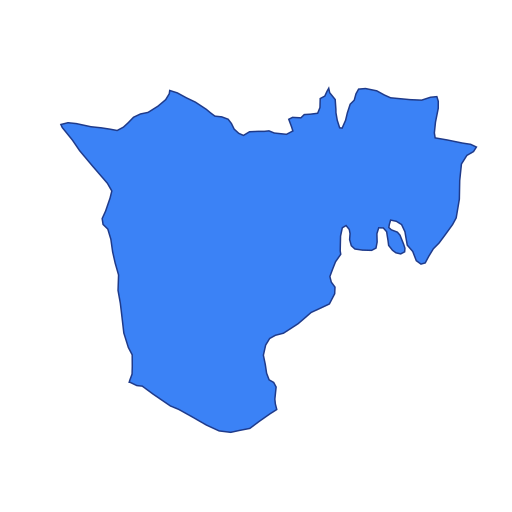 outline of Ljusdal, Gävleborg, Sweden, rotated 186°
{"feature_id": "70781695B40946253487831", "entity_name": "Ljusdal", "entity_type": "district", "adm_level": 2, "iso_a3": "SWE", "parent_name": "Sweden", "parent_adm1": "Gävleborg", "projection": "mercator", "projection_center": [15.393, 61.922], "detail": "fine", "context": "isolated", "style": "filled", "palette": "blue", "viewbox_px": 512, "rotation_deg": 186, "n_neighbors": 0, "source": "geoboundaries", "source_scale": "gbopen_adm2", "svg_char_len": 2476}
<svg xmlns="http://www.w3.org/2000/svg" viewBox="0 0 512 512"><g transform="rotate(186 256 256)"><path d="M48.2,387.4L54.2,389.5L62.7,389.9L78.1,391.4L90.2,392.2L91.5,397.1L91.5,407.9L90.2,421.9L90.9,428.9L92.8,433.4L99.1,432.1L107.6,428.3L119.0,427.6L138.7,427.4L145.1,429.5L153.2,432.9L164.6,434.0L171.4,432.7L173.5,427.8L174.6,421.3L174.6,421.2L178.2,416.8L180.1,407.9L181.1,400.3L183.7,392.2L186.2,392.2L189.4,399.5L191.5,406.9L191.9,410.3L193.6,419.9L199.8,426.1L201.2,430.4L202.6,427.2L204.3,422.2L208.6,419.3L207.9,410.3L209.6,404.4L216.8,402.7L222.8,401.7L225.8,398.1L234.1,397.7L237.7,395.4L234.1,388.1L232.4,384.2L238.4,380.2L250.6,380.2L256.2,381.8L260.9,380.8L266.8,380.2L275.4,378.9L281.1,374.6L286.0,376.2L291.0,379.9L294.3,385.2L298.0,389.1L304.6,390.8L311.5,390.8L316.5,393.8L320.8,396.7L332.4,402.7L341.7,406.0L351.3,410.0L359.1,411.6L359.2,408.3L362.2,402.0L369.1,394.8L378.4,387.5L385.7,385.2L392.3,381.2L397.0,375.2L401.3,370.3L407.2,366.3L414.8,366.9L423.4,367.3L433.7,367.3L448.6,368.9L456.9,368.9L463.8,366.4L462.1,363.5L450.7,352.1L442.4,342.3L427.9,328.3L411.4,312.8L406.2,305.6L407.2,298.3L410.3,284.9L412.9,277.1L411.4,271.4L406.2,267.3L402.1,257.5L399.0,245.1L395.3,234.2L390.7,222.8L389.6,207.3L386.0,194.9L383.4,183.5L379.4,165.6L373.4,151.7L368.8,144.8L367.5,133.2L366.9,125.6L368.6,119.0L368.9,117.2L368.0,117.2L361.0,114.7L355.5,114.7L343.6,107.7L334.5,102.8L325.4,97.9L316.9,95.4L302.8,89.4L287.7,82.7L274.4,78.2L262.7,78.0L254.2,80.8L244.1,83.9L235.6,91.8L225.6,100.5L219.3,105.5L221.3,110.9L222.3,115.6L222.3,121.7L222.3,127.8L225.2,132.1L230.0,134.2L233.2,140.5L235.4,149.0L238.3,158.1L237.1,168.4L233.8,175.4L228.4,179.2L220.6,182.1L206.9,193.2L195.3,205.6L178.0,216.0L173.8,226.7L174.2,233.3L178.4,237.9L180.4,243.3L178.4,251.1L176.3,258.6L171.9,266.6L172.8,269.9L174.0,284.7L173.1,293.1L169.6,295.7L166.0,292.1L164.8,288.1L164.6,282.1L162.3,276.2L158.4,273.3L150.8,273.0L141.6,273.7L137.5,276.4L137.0,282.6L138.1,290.8L136.9,296.9L132.3,297.2L128.6,293.8L127.6,289.9L126.4,285.5L125.2,280.4L120.9,276.0L117.2,273.8L112.3,273.2L108.6,275.7L108.7,279.3L110.6,283.5L115.0,291.8L117.9,294.5L124.2,296.2L126.9,298.2L126.7,301.3L125.9,305.8L120.1,305.2L114.5,302.5L110.4,295.7L108.9,290.3L106.7,282.6L100.6,276.9L96.1,268.1L91.1,265.2L87.0,266.8L84.1,273.9L80.4,281.7L75.4,287.9L70.0,297.0L63.8,307.8L60.9,314.8L59.7,333.8L61.3,352.4L61.3,369.0L56.8,378.1L50.6,382.6L48.2,387.4Z" fill="#3b82f6" stroke="#1e3a8a" stroke-width="1.5"/></g></svg>